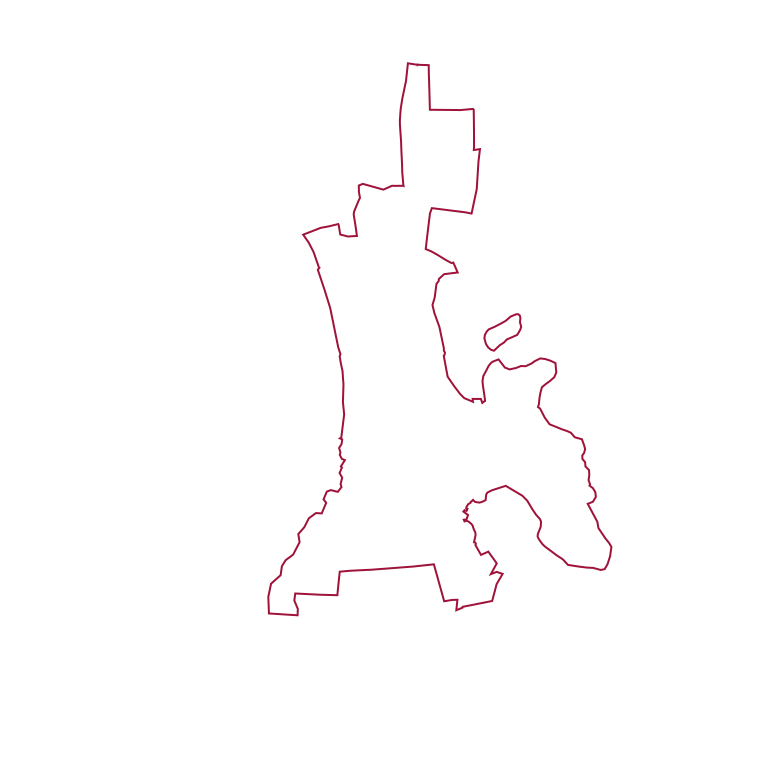 the district of Vaini, Tongatapu, Tonga, rotated 61°
{"feature_id": "48082658B87920107186750", "entity_name": "Vaini", "entity_type": "district", "adm_level": 2, "iso_a3": "TON", "parent_name": "Tonga", "parent_adm1": "Tongatapu", "projection": "albers", "projection_center": [-175.201, -21.199], "detail": "fine", "context": "isolated", "style": "outline", "palette": "rose", "viewbox_px": 768, "rotation_deg": 61, "n_neighbors": 0, "source": "geoboundaries", "source_scale": "gbopen_adm2", "svg_char_len": 4174}
<svg xmlns="http://www.w3.org/2000/svg" viewBox="0 0 768 768"><g transform="rotate(61 384 384)"><path d="M186.9,172.1L184.5,177.5L181.6,184.1L166.4,210.9L141.9,198.2L134.8,194.6L126.8,190.3L121.3,199.5L121.3,199.8L121.0,199.6L119.8,201.6L115.1,207.6L129.7,217.9L134.9,222.4L140.0,226.8L143.0,229.4L151.3,235.9L160.9,242.2L165.0,244.4L180.2,251.5L188.6,255.8L193.3,258.1L200.2,261.5L207.7,265.4L218.4,270.2L220.3,270.9L219.8,271.4L216.2,278.0L214.5,281.0L213.7,290.3L198.7,305.5L198.2,309.8L203.8,312.8L209.6,314.8L211.3,317.3L218.8,326.7L221.2,328.4L230.7,331.8L241.4,335.9L237.4,344.2L232.0,349.8L223.2,346.6L221.9,346.5L219.6,355.1L216.7,363.8L214.2,382.3L223.8,381.3L234.3,381.6L251.0,384.5L251.1,384.4L252.0,386.5L272.6,390.3L291.4,394.2L306.1,398.8L316.5,402.1L329.9,406.3L336.8,407.6L338.2,409.3L344.9,411.7L352.6,414.0L360.4,417.7L363.8,419.2L366.0,420.4L379.9,428.7L391.3,433.6L410.1,447.3L410.2,448.9L412.2,447.4L415.9,450.2L418.2,454.3L422.8,455.3L424.5,457.0L429.0,457.2L431.6,455.1L435.0,461.3L435.2,461.7L436.7,461.3L440.3,466.0L445.7,466.0L450.4,470.4L453.6,471.2L455.9,476.7L451.0,482.0L450.4,486.2L455.6,492.8L457.4,492.5L459.9,492.2L467.0,501.2L463.9,506.1L465.0,514.8L470.6,523.1L473.7,531.7L481.4,534.5L489.2,546.2L490.4,555.4L493.8,561.6L501.1,567.1L503.9,579.6L514.1,588.4L528.6,595.7L528.9,595.9L544.4,571.7L538.9,568.4L529.9,567.4L524.2,563.2L537.6,541.6L546.1,527.2L533.4,518.4L526.7,513.7L530.9,504.2L540.4,484.9L557.8,447.0L565.9,427.8L603.2,436.7L605.9,429.1L608.3,424.4L616.9,430.4L617.7,423.8L617.0,423.3L620.0,414.0L626.2,394.6L619.6,388.2L613.6,382.5L607.6,372.3L602.9,376.6L602.1,382.7L595.6,372.4L589.7,373.0L586.0,373.5L581.2,374.0L580.5,382.0L571.8,382.1L569.1,382.1L568.5,381.2L567.1,381.0L566.1,382.0L560.6,377.2L557.9,376.0L555.9,376.0L553.4,375.7L551.2,375.2L549.3,375.3L548.0,375.7L546.7,376.2L545.7,376.5L543.5,378.2L543.2,380.2L541.4,380.0L542.5,377.6L539.3,374.0L534.1,376.4L533.4,374.7L535.0,373.3L533.6,371.5L532.4,372.3L531.7,371.6L530.0,368.9L529.8,365.8L529.1,365.3L529.0,363.9L528.5,362.3L529.8,362.0L531.1,361.6L532.2,360.4L533.1,359.2L534.0,358.0L534.4,356.5L534.7,354.6L534.8,351.4L530.3,348.3L529.1,346.2L529.2,342.7L529.4,340.5L532.1,326.9L548.7,317.2L555.4,315.3L564.2,315.0L566.1,314.9L572.0,314.4L577.8,313.1L580.6,313.4L584.9,316.2L589.8,322.2L591.9,323.6L594.5,323.8L598.4,323.4L601.6,322.9L605.0,321.7L610.0,319.4L617.4,316.1L620.8,314.3L624.3,312.5L631.4,310.8L638.3,301.9L642.9,295.6L646.1,290.4L651.7,284.6L652.9,280.8L650.0,275.9L644.3,269.8L636.8,264.1L632.1,264.2L626.5,265.2L614.0,266.3L607.9,264.2L587.6,263.9L588.3,258.4L585.5,253.5L581.1,251.6L576.3,251.8L572.5,253.5L571.7,252.4L567.3,251.7L562.9,248.4L558.6,246.4L553.8,247.8L549.9,246.0L545.8,246.8L542.7,245.3L541.3,242.4L538.4,239.6L534.7,238.7L528.3,237.7L523.0,243.0L517.2,244.2L514.0,246.6L509.8,250.4L499.5,258.7L491.3,259.7L481.2,259.4L478.8,260.5L477.0,258.5L471.5,254.7L467.8,251.7L463.4,247.5L462.5,242.9L461.9,237.8L460.6,231.7L457.4,227.7L448.8,223.9L444.5,227.0L440.3,230.9L437.4,234.9L437.1,241.0L437.6,245.0L437.1,251.5L434.7,255.4L434.0,260.8L432.1,267.1L428.2,270.3L418.0,271.9L417.2,277.9L417.4,280.0L419.0,283.9L422.4,288.9L425.2,293.3L429.3,296.5L433.7,298.4L440.2,300.8L445.7,302.9L447.9,303.9L447.8,304.6L448.2,307.2L444.0,306.5L440.0,313.7L442.7,314.8L435.2,320.7L429.9,322.2L419.8,323.7L408.5,324.8L388.4,318.1L387.9,316.9L385.9,315.4L383.9,315.5L381.7,314.3L361.0,307.9L346.2,305.5L338.4,303.3L332.9,297.7L321.9,289.6L320.4,286.2L318.8,285.2L318.0,282.1L317.1,278.2L319.4,272.4L322.2,265.5L311.4,264.5L310.9,266.4L305.0,270.1L297.2,274.5L291.0,278.3L286.2,282.1L273.5,273.0L257.1,261.1L253.4,256.9L254.3,255.6L255.2,254.4L273.6,229.2L277.4,224.8L258.5,208.4L235.2,193.5L225.1,186.2L222.9,192.0L219.9,190.1L210.7,185.0L196.3,177.2L186.9,172.2L186.9,172.1ZM389.8,232.0L387.8,233.0L387.0,235.1L386.4,240.5L387.8,247.1L387.8,253.7L387.6,259.6L387.0,265.9L388.0,268.9L390.0,272.0L392.8,274.1L398.4,275.4L402.3,275.2L405.8,273.9L408.2,271.7L407.6,269.4L406.2,263.9L405.9,259.0L404.6,255.0L405.2,248.7L405.6,243.6L402.7,238.7L400.6,236.3L395.8,235.1L392.4,232.7L389.8,232.0Z" fill="none" stroke="#9f1239" stroke-width="2"/></g></svg>